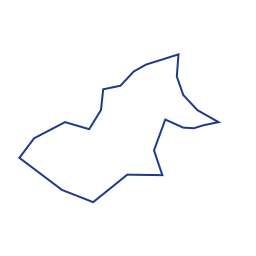 outline of Saint Peter, rotated 37°
{"feature_id": "ATG-5094", "entity_name": "Saint Peter", "entity_type": "Parish", "adm_level": 1, "iso_a3": "ATG", "parent_name": "Antigua and Barbuda", "parent_adm1": "", "projection": "orthographic", "projection_center": [-61.741, 17.101], "detail": "fine", "context": "isolated", "style": "outline", "palette": "blue", "viewbox_px": 256, "rotation_deg": 37, "n_neighbors": 0, "source": "natural_earth", "source_scale": "10m", "svg_char_len": 431}
<svg xmlns="http://www.w3.org/2000/svg" viewBox="0 0 256 256"><g transform="rotate(37 128 128)"><path d="M96.5,98.8L98.6,79.3L104.2,66.5L124.0,38.8L136.0,57.5L152.3,68.4L172.7,72.0L196.8,68.8L186.6,80.4L180.7,88.6L171.8,94.5L152.7,98.8L162.2,130.2L183.8,145.0L155.5,165.7L144.8,208.2L112.7,217.2L59.2,217.2L59.2,192.6L74.2,161.2L97.7,152.3L95.6,129.9L84.9,112.0L96.5,98.8Z" fill="none" stroke="#1e3a8a" stroke-width="2"/></g></svg>